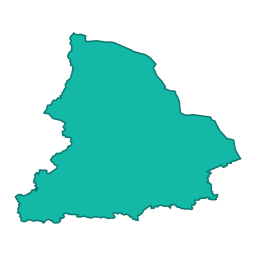 outline of Sverdlovsk
{"feature_id": "RUS-2386", "entity_name": "Sverdlovsk", "entity_type": "Region", "adm_level": 1, "iso_a3": "RUS", "parent_name": "Russia", "parent_adm1": "", "projection": "natural_earth1", "projection_center": [60.591, 59.024], "detail": "fine", "context": "isolated", "style": "filled", "palette": "teal", "viewbox_px": 256, "rotation_deg": 0, "n_neighbors": 0, "source": "natural_earth", "source_scale": "10m", "svg_char_len": 5717}
<svg xmlns="http://www.w3.org/2000/svg" viewBox="0 0 256 256"><path d="M25.5,221.5L23.0,221.5L21.0,220.6L20.9,220.0L21.5,219.4L21.5,218.9L21.0,218.0L19.8,216.8L20.2,214.8L20.1,214.3L19.1,213.0L17.6,212.6L18.2,211.5L18.4,209.8L17.9,208.8L19.3,206.2L19.3,205.9L18.6,204.9L20.1,203.9L20.5,203.3L20.2,203.0L18.9,202.7L18.4,201.7L17.6,201.1L17.7,200.2L17.1,199.7L15.4,197.0L17.4,195.2L18.4,194.6L20.1,194.9L20.9,194.3L21.2,195.2L21.5,195.4L24.0,195.8L24.8,195.4L26.3,195.0L27.5,194.1L28.8,194.3L29.1,194.0L29.2,193.1L30.7,193.2L30.8,192.2L32.2,190.0L32.7,190.4L33.1,190.1L33.8,190.1L34.4,189.5L35.1,189.3L35.4,189.7L34.4,190.3L35.3,190.4L35.7,190.8L36.3,190.4L37.0,190.6L37.2,189.8L37.0,189.3L35.9,189.0L35.8,188.5L36.0,188.3L37.7,188.4L37.8,188.1L36.2,187.7L36.0,187.3L36.3,186.2L35.0,185.9L35.0,185.5L35.8,185.2L36.2,184.5L35.9,183.4L35.5,182.9L34.0,182.7L34.6,182.0L33.7,181.4L35.3,176.5L35.3,176.1L34.7,175.1L34.8,174.7L35.9,173.9L36.5,172.7L37.1,172.7L37.3,173.4L37.8,173.9L38.5,174.1L38.4,173.6L39.8,171.7L39.3,170.6L39.4,170.2L39.7,170.0L41.4,170.0L42.2,170.5L43.8,170.1L46.4,170.3L46.8,170.6L46.9,171.1L46.5,172.4L46.6,172.9L46.9,173.2L48.5,173.6L50.0,173.0L56.3,168.7L56.9,168.0L57.1,167.5L57.2,165.8L57.1,165.2L56.4,165.0L54.7,165.0L53.8,163.1L51.7,161.6L50.7,160.0L50.9,159.2L52.3,158.2L52.4,156.6L54.7,155.6L55.3,155.1L56.1,153.9L56.7,153.4L60.6,153.3L62.8,151.3L65.8,150.1L67.7,148.1L67.7,146.9L67.9,146.5L70.6,145.5L72.1,144.0L70.5,140.9L70.5,140.4L71.5,138.4L71.3,138.0L70.3,137.2L68.8,137.6L67.5,137.0L65.7,137.2L65.1,135.6L63.3,135.6L62.9,135.2L62.5,132.8L62.5,131.3L63.0,131.0L64.4,130.9L65.4,129.3L63.4,127.7L63.2,127.1L65.3,123.1L65.4,122.6L65.3,122.4L63.0,121.9L61.1,120.4L52.8,118.4L52.1,117.7L51.6,116.5L49.6,115.0L49.3,114.0L49.1,113.8L44.7,113.3L44.1,113.2L44.0,112.8L44.9,111.6L46.2,110.3L47.6,105.3L50.8,104.9L53.2,100.4L53.6,100.2L55.8,100.4L56.4,100.3L57.6,98.1L61.2,98.1L60.0,96.1L62.5,94.5L62.2,92.8L62.4,92.3L63.9,91.1L63.9,90.2L64.1,89.5L65.9,87.3L65.9,86.9L65.3,85.3L65.4,84.3L66.9,82.1L67.1,80.8L69.5,79.3L71.0,77.4L71.1,75.6L72.1,73.1L72.1,71.7L73.0,70.0L72.8,68.6L73.0,66.1L72.7,65.7L71.3,65.6L70.6,65.2L70.9,62.7L70.0,61.9L69.9,61.4L70.3,60.2L70.3,59.5L68.2,57.7L67.9,56.9L67.9,55.4L68.1,54.7L68.9,53.8L69.0,53.0L69.2,52.5L71.8,50.7L71.3,49.5L71.4,49.1L72.1,48.3L71.8,47.5L71.5,45.2L70.3,44.0L70.1,43.3L71.3,40.4L71.0,39.9L70.0,39.0L69.9,38.3L70.2,37.3L71.3,35.7L72.9,34.3L73.6,33.0L74.9,34.1L77.6,34.8L80.7,34.3L85.7,35.9L85.8,36.3L85.4,36.9L85.3,37.5L85.5,40.5L85.8,40.8L87.4,41.6L96.5,40.8L102.5,41.6L104.5,42.1L109.7,42.1L112.1,42.3L114.4,42.8L132.3,50.6L132.7,51.2L133.2,51.5L145.1,54.6L150.0,57.6L155.9,64.2L154.0,66.9L153.5,68.1L153.5,68.7L155.4,72.2L156.6,75.6L161.8,81.3L165.1,86.4L165.3,87.1L164.6,88.2L164.6,88.6L165.3,89.0L166.7,89.3L169.5,90.6L170.5,90.9L174.5,91.1L175.5,92.0L175.7,94.4L177.1,96.1L178.3,98.9L179.5,102.5L179.6,105.6L180.5,112.6L181.2,113.3L184.3,114.8L185.6,115.2L187.8,115.3L192.9,114.7L209.7,117.0L210.6,117.3L211.1,118.1L211.5,119.4L212.2,120.2L214.7,120.9L219.5,130.4L226.9,138.6L232.2,139.6L233.5,140.1L234.0,141.5L235.2,149.6L239.5,157.2L240.6,158.6L240.6,158.8L237.4,159.7L236.5,160.5L232.0,161.4L231.3,162.2L231.2,163.1L230.9,163.3L230.1,163.3L229.3,162.9L227.4,163.5L226.8,164.0L227.3,164.7L227.3,165.2L224.4,167.0L223.7,167.2L222.8,167.1L221.6,165.2L207.0,171.5L208.2,172.1L208.7,172.5L210.3,172.2L211.1,173.0L210.8,173.5L209.1,174.9L208.9,175.5L208.9,176.7L207.2,177.6L208.0,179.0L208.3,180.9L207.0,182.0L207.0,182.3L207.8,182.8L208.8,182.5L209.2,182.6L209.9,183.7L210.8,184.1L211.1,184.5L211.3,190.5L211.3,190.9L212.5,191.8L212.3,193.1L213.3,194.0L213.3,195.2L214.3,195.7L215.4,194.9L217.5,194.5L217.5,196.5L216.2,198.1L216.1,199.4L215.3,199.7L210.6,199.6L208.8,198.9L209.4,198.1L207.6,197.3L205.2,198.3L202.7,198.1L200.1,198.4L199.8,198.6L199.5,199.6L198.7,200.0L194.8,200.3L194.5,200.7L194.8,202.0L195.6,202.4L195.7,203.1L195.5,203.5L194.7,203.8L194.7,204.6L194.4,205.0L193.9,205.1L192.3,205.0L191.8,205.5L191.5,206.3L191.6,206.7L192.6,207.8L192.3,209.0L191.8,209.3L191.0,209.5L187.7,208.7L185.7,209.2L183.9,208.7L182.8,208.7L180.7,208.2L179.9,207.1L178.3,207.3L176.4,206.6L176.1,206.3L176.1,205.4L175.7,205.0L174.2,204.6L172.6,204.9L171.6,204.4L170.9,204.9L171.2,205.8L170.3,206.5L170.4,208.0L169.7,207.7L169.0,206.9L169.0,205.9L164.6,206.3L163.8,206.2L161.3,205.2L158.5,205.7L157.9,206.8L155.6,206.5L155.0,206.7L154.1,208.2L153.3,208.3L152.4,208.0L151.8,208.5L151.4,208.4L151.0,207.7L151.0,207.2L151.5,206.5L151.3,206.2L149.7,205.9L146.5,208.0L145.8,208.9L144.5,209.4L143.1,211.0L142.5,212.9L140.3,214.4L139.5,215.2L138.0,215.3L137.7,215.9L138.0,216.8L137.7,218.2L138.1,219.6L138.0,220.4L135.4,219.9L132.4,218.7L132.6,217.9L132.4,217.6L131.2,216.8L130.5,217.1L129.6,216.6L129.3,215.5L127.0,214.3L126.4,214.2L125.5,214.4L124.4,215.0L123.0,214.2L121.9,214.1L120.5,212.8L119.0,212.9L118.0,213.8L117.5,213.9L114.6,212.5L113.1,213.6L112.9,214.1L114.5,216.1L114.9,217.3L114.6,217.6L112.6,218.2L110.0,218.0L108.5,218.6L106.5,217.8L105.2,217.6L104.5,217.0L103.7,216.9L100.3,217.8L99.4,217.1L98.7,217.0L93.4,217.0L91.9,217.8L90.5,217.9L89.1,217.5L87.5,217.3L84.2,216.2L83.5,216.1L80.1,217.1L77.5,216.8L76.9,216.5L77.0,215.8L77.9,214.7L69.0,214.4L67.3,213.5L65.4,213.2L63.1,214.5L63.1,214.9L64.3,216.4L63.5,218.0L63.0,218.1L61.9,217.8L60.2,217.7L60.0,217.9L60.1,218.6L60.8,219.2L60.4,219.9L60.3,221.1L58.9,222.4L58.2,222.7L55.6,223.0L53.6,222.7L53.0,222.3L52.5,221.2L49.9,220.2L49.4,219.5L48.5,219.4L46.3,219.9L45.5,221.1L44.4,221.7L44.3,222.6L43.6,222.8L42.7,222.6L42.3,221.0L41.9,220.9L41.3,221.3L40.3,221.2L36.8,220.1L36.0,220.8L32.4,221.0L31.7,220.2L29.7,219.8L26.7,220.4L25.5,221.5Z" fill="#14b8a6" stroke="#0f766e" stroke-width="1.5"/></svg>